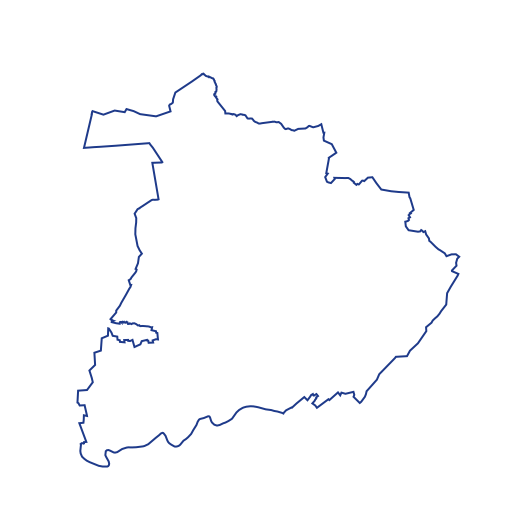 Kocēnu pag., Kocenu, Latvia, rotated 82°
{"feature_id": "27541924B79657792070029", "entity_name": "Kocēnu pag.", "entity_type": "district", "adm_level": 2, "iso_a3": "LVA", "parent_name": "Latvia", "parent_adm1": "Kocenu", "projection": "orthographic", "projection_center": [25.269, 57.512], "detail": "fine", "context": "isolated", "style": "outline", "palette": "blue", "viewbox_px": 512, "rotation_deg": 82, "n_neighbors": 0, "source": "geoboundaries", "source_scale": "gbopen_adm2", "svg_char_len": 6004}
<svg xmlns="http://www.w3.org/2000/svg" viewBox="0 0 512 512"><g transform="rotate(82 256 256)"><path d="M214.5,96.0L212.4,106.1L210.7,113.1L207.6,122.7L200.5,126.7L194.2,129.8L194.0,134.3L196.9,138.4L196.2,139.6L196.2,140.5L199.4,144.1L199.4,144.5L198.7,145.6L199.5,146.7L197.0,149.0L196.4,148.7L195.5,149.4L194.7,150.4L192.9,151.9L191.6,153.7L191.2,157.1L189.5,167.5L190.7,167.3L194.2,171.6L193.2,174.1L192.3,175.4L187.5,176.5L184.4,173.5L183.8,174.9L169.3,170.1L169.1,170.3L168.9,170.3L164.9,162.1L155.8,165.4L151.2,172.7L148.0,172.7L143.4,171.2L143.3,172.1L134.6,173.0L135.9,176.3L136.5,181.3L136.3,181.9L134.6,184.9L134.6,185.6L135.8,187.4L136.6,189.3L136.0,196.5L137.3,200.7L136.7,201.7L136.3,203.2L134.9,204.9L134.1,206.5L134.5,208.8L134.2,209.5L132.8,210.6L128.6,212.7L126.5,214.9L126.5,216.6L126.3,217.4L125.5,219.1L125.5,220.1L125.3,220.6L125.4,220.9L125.3,231.6L125.4,233.4L125.3,234.5L125.1,235.0L124.0,236.4L123.1,238.1L121.8,239.4L120.7,239.9L119.3,240.9L119.0,242.7L119.0,243.7L118.9,243.9L118.8,244.8L118.5,245.3L115.2,246.9L114.5,248.3L114.4,249.3L114.0,249.8L113.4,251.7L114.0,254.2L114.8,255.7L113.3,256.6L112.5,258.1L112.3,258.7L112.7,259.4L112.2,260.5L112.0,260.4L111.1,263.1L110.6,266.5L108.1,266.4L97.5,272.7L95.6,272.7L95.4,272.4L93.4,273.6L92.8,273.1L92.5,273.2L92.5,273.7L92.0,274.4L91.0,274.9L90.7,274.7L90.0,274.9L89.6,274.3L89.6,273.7L87.9,273.4L87.7,272.6L87.4,272.4L85.6,271.9L83.8,271.8L83.5,271.5L82.6,271.3L81.2,271.8L80.2,271.8L79.9,272.1L78.1,272.5L77.6,272.8L76.8,272.6L76.2,273.0L75.2,273.1L74.9,273.5L74.2,273.7L73.6,275.1L72.6,276.3L72.4,277.6L71.8,277.6L71.6,277.9L71.8,278.2L71.6,278.8L70.6,280.7L68.2,282.6L68.5,283.1L68.3,283.3L68.6,283.7L68.6,284.4L68.5,284.5L69.4,285.6L74.3,295.2L82.9,313.1L89.3,316.3L92.2,316.9L92.8,317.3L93.7,319.0L94.0,320.3L95.1,321.1L100.9,320.5L103.8,335.5L99.4,351.0L95.5,357.0L92.5,363.8L95.3,366.0L92.3,375.7L94.8,387.4L89.8,397.7L90.4,398.2L92.7,399.0L92.8,398.8L125.0,411.3L125.7,400.6L126.1,396.0L127.3,379.3L129.4,345.9L130.9,345.2L134.4,343.1L150.0,335.7L150.3,336.2L149.3,345.7L186.3,344.6L186.5,345.5L186.3,348.4L185.9,350.3L186.1,351.6L192.4,364.9L192.6,364.9L193.1,366.7L197.2,370.3L201.8,369.3L206.1,370.0L211.7,371.5L217.7,372.5L229.6,371.9L234.2,370.4L237.8,368.7L240.6,372.1L246.8,373.9L252.0,377.0L252.2,376.6L252.8,376.1L254.5,376.8L255.6,377.7L260.1,382.5L261.0,383.0L261.6,383.8L262.3,385.4L267.2,384.5L267.3,383.7L269.3,384.7L270.7,386.0L276.2,390.1L283.6,395.9L286.3,397.7L290.6,402.0L292.5,402.3L298.3,408.9L298.6,408.7L298.9,407.9L299.2,407.6L299.7,407.7L299.8,407.0L300.2,406.3L300.4,407.8L301.4,408.1L303.1,403.9L304.1,400.4L302.6,400.0L302.4,399.6L302.6,398.8L303.1,398.4L302.7,398.4L302.5,397.2L303.2,396.6L302.9,395.9L303.3,395.8L303.2,395.6L303.9,394.7L303.9,394.2L303.4,394.0L303.2,393.4L303.6,393.3L303.8,392.5L305.5,392.2L305.6,391.2L305.2,390.4L305.5,390.1L305.5,389.5L306.1,388.8L305.5,387.2L305.7,386.7L305.7,385.8L306.8,384.1L308.4,382.5L308.3,381.2L309.2,380.6L309.4,379.9L309.4,379.1L309.5,378.0L310.3,374.4L310.5,373.8L310.6,373.0L311.0,371.7L311.8,370.3L312.1,369.5L312.1,368.8L314.9,369.8L316.6,365.5L318.1,365.5L318.5,364.4L325.0,364.7L324.5,366.6L325.2,370.1L327.4,369.9L327.0,374.4L324.8,374.5L324.6,375.5L323.9,375.6L324.4,381.0L327.4,382.8L329.2,389.0L321.9,390.0L322.7,392.6L322.2,394.4L321.3,394.3L320.9,398.2L323.2,398.2L322.1,402.7L320.5,402.6L319.6,404.8L316.5,404.6L315.1,409.0L311.7,409.8L307.4,411.8L307.1,412.4L314.3,413.7L316.0,420.2L328.1,422.8L329.3,429.5L341.5,430.5L346.2,436.9L353.9,435.6L358.3,435.2L365.2,442.0L364.6,450.9L376.3,453.2L377.0,452.3L379.5,451.4L379.9,446.5L390.4,445.6L390.9,445.6L389.8,448.6L394.3,449.4L397.1,450.1L397.0,454.2L416.5,449.9L416.4,452.2L417.6,452.4L417.8,452.8L417.1,454.2L417.1,454.6L417.8,455.8L418.5,455.6L424.6,457.1L427.1,457.1L430.5,456.2L433.0,454.2L435.1,452.1L437.0,449.4L441.9,440.9L443.1,437.3L443.8,432.6L443.5,431.6L442.5,430.7L441.2,430.3L438.9,430.5L433.7,432.5L432.2,432.9L428.4,431.9L427.6,430.7L427.6,429.1L428.5,427.5L430.7,424.3L431.1,423.0L430.9,420.7L428.5,415.4L427.7,410.7L427.7,409.3L428.4,404.4L428.7,401.2L428.8,394.3L428.6,392.8L427.4,388.9L422.2,380.7L419.9,376.8L418.6,375.0L418.3,374.2L418.1,373.1L418.3,372.6L419.0,372.0L421.5,370.6L426.2,369.5L427.9,368.9L429.3,368.0L431.0,366.2L433.3,363.2L433.6,362.0L433.6,360.9L433.4,359.5L433.0,358.4L432.3,357.3L428.8,353.5L427.5,350.8L426.1,348.6L423.2,345.0L419.6,342.3L415.1,338.5L412.0,336.8L410.8,335.8L410.1,335.2L409.6,334.1L409.2,330.2L408.1,325.9L408.1,325.3L408.4,324.5L409.4,324.0L413.0,323.4L414.7,322.8L416.6,321.3L417.3,320.7L418.5,318.2L418.3,315.5L417.1,311.7L416.7,309.5L415.6,306.3L414.1,303.0L413.7,302.3L408.2,297.1L406.1,294.1L404.6,290.5L404.3,289.4L403.9,286.5L404.0,282.5L404.5,279.7L405.4,276.8L406.2,274.6L409.2,267.7L410.7,262.3L412.0,259.5L413.0,256.4L415.0,252.0L415.8,250.8L415.2,250.4L413.0,247.7L410.9,241.8L411.2,241.5L407.6,236.3L402.4,227.8L406.0,225.1L402.8,221.9L401.4,220.8L400.6,218.9L402.0,218.6L402.3,218.1L401.1,215.4L403.3,214.1L404.4,216.1L405.4,216.1L406.5,217.4L407.5,218.0L409.8,220.7L412.3,218.1L414.8,216.8L407.9,204.2L408.9,203.4L402.5,193.8L405.7,192.0L403.2,190.4L404.9,186.6L404.1,178.4L407.2,178.0L409.0,179.0L416.0,173.7L415.0,172.1L410.6,167.8L408.2,166.4L405.3,165.3L395.3,153.5L390.2,150.4L376.4,132.6L375.3,131.5L376.2,120.4L371.2,116.7L365.0,107.8L354.1,97.8L350.2,97.5L346.5,91.5L344.5,90.0L342.7,87.5L341.0,84.8L338.7,82.3L336.3,80.3L330.6,74.4L319.4,71.9L313.4,67.3L303.3,58.9L301.9,58.1L298.3,64.0L297.6,64.0L293.5,58.8L290.6,58.8L286.7,57.1L285.0,54.9L282.1,57.8L281.6,62.1L281.7,62.7L282.7,67.4L279.6,68.7L275.4,73.5L274.9,74.3L271.9,76.9L266.2,81.2L265.1,82.3L262.7,82.3L258.4,84.5L255.0,85.0L255.6,86.9L254.1,87.9L253.3,88.8L254.5,90.0L254.5,92.2L251.7,101.3L247.5,103.5L242.8,103.4L242.7,102.1L242.3,100.4L241.6,99.5L239.8,99.8L239.1,98.1L236.8,99.1L236.5,98.6L235.9,98.2L235.4,96.9L234.8,97.4L232.3,93.4L220.4,95.2L219.1,95.8L214.5,96.0Z" fill="none" stroke="#1e3a8a" stroke-width="2"/></g></svg>